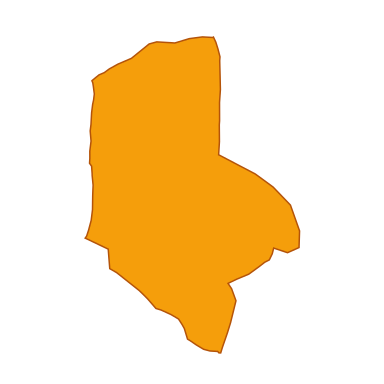 outline of Qift, Qina, Egypt, rotated 7°
{"feature_id": "37247803B3351007317987", "entity_name": "Qift", "entity_type": "district", "adm_level": 2, "iso_a3": "EGY", "parent_name": "Egypt", "parent_adm1": "Qina", "projection": "mercator", "projection_center": [32.817, 25.997], "detail": "fine", "context": "isolated", "style": "filled", "palette": "amber", "viewbox_px": 384, "rotation_deg": 7, "n_neighbors": 0, "source": "geoboundaries", "source_scale": "gbopen_adm2", "svg_char_len": 1307}
<svg xmlns="http://www.w3.org/2000/svg" viewBox="0 0 384 384"><g transform="rotate(7 192 192)"><path d="M240.1,348.2L241.2,342.1L244.3,327.6L246.2,317.0L248.9,294.6L243.1,283.2L238.9,278.3L247.0,273.1L258.4,266.6L267.7,257.9L272.7,252.9L277.0,250.0L279.2,243.5L279.9,237.7L294.2,240.6L305.0,234.1L303.5,217.5L291.3,193.0L271.9,177.2L252.6,166.4L213.9,151.8L213.1,138.7L210.9,121.9L210.7,118.0L208.4,99.8L207.7,86.8L205.6,72.5L203.5,58.3L203.3,54.4L201.8,50.6L200.3,46.8L197.4,40.4L194.4,35.6L193.7,36.1L183.4,36.8L170.6,40.1L156.8,46.2L152.9,46.4L145.2,46.9L138.7,47.3L131.4,50.3L115.6,66.7L102.9,74.1L95.2,79.7L94.6,80.2L90.4,84.2L85.4,87.1L84.1,88.5L82.9,89.7L79.1,93.7L79.1,93.8L80.2,95.7L81.2,99.2L82.1,102.7L83.1,106.6L83.1,112.7L82.7,117.1L82.7,125.6L83.5,137.3L83.5,143.8L85.6,153.8L85.6,163.9L86.5,171.0L86.8,176.0L89.2,178.6L90.6,185.8L90.9,187.8L93.0,197.3L93.5,203.3L93.9,207.9L95.4,221.7L95.4,231.5L95.4,232.4L94.0,242.5L92.8,248.6L91.6,250.8L115.8,258.9L119.7,278.1L127.0,281.2L128.0,281.8L151.4,296.1L156.2,299.7L160.9,303.4L165.0,307.1L170.4,312.0L175.6,312.9L186.1,316.2L194.1,319.7L198.2,324.6L201.0,328.4L205.5,338.6L208.1,339.7L214.8,343.2L222.7,346.7L229.2,347.6L234.3,347.3L236.2,347.2L236.9,347.1L238.3,348.4L240.1,348.2Z" fill="#f59e0b" stroke="#b45309" stroke-width="1.5"/></g></svg>